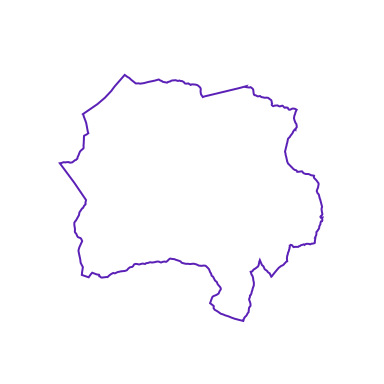 the district of Fardea, Timis, Romania, rotated 23°
{"feature_id": "2599482B51833056791776", "entity_name": "Fardea", "entity_type": "district", "adm_level": 2, "iso_a3": "ROU", "parent_name": "Romania", "parent_adm1": "Timis", "projection": "mercator", "projection_center": [22.228, 45.733], "detail": "fine", "context": "isolated", "style": "outline", "palette": "violet", "viewbox_px": 384, "rotation_deg": 23, "n_neighbors": 0, "source": "geoboundaries", "source_scale": "gbopen_adm2", "svg_char_len": 5985}
<svg xmlns="http://www.w3.org/2000/svg" viewBox="0 0 384 384"><g transform="rotate(23 192 192)"><path d="M289.6,290.7L289.6,290.1L289.1,289.4L289.5,288.2L289.3,287.5L289.6,286.3L290.4,284.5L290.6,282.0L291.0,280.6L290.8,279.7L290.2,277.9L289.8,276.3L289.8,275.7L290.3,274.4L290.3,274.1L290.1,273.3L289.2,271.6L286.6,268.7L286.4,268.0L286.3,265.9L285.8,264.6L286.3,263.8L286.3,262.0L286.0,260.6L285.9,258.9L285.5,256.5L285.5,254.7L285.3,253.6L284.4,251.3L282.9,249.2L281.7,247.1L280.1,245.3L279.2,244.9L277.2,242.5L277.7,242.2L278.6,241.3L278.6,240.6L279.1,239.2L280.2,237.7L281.8,234.9L281.9,234.3L281.9,233.2L281.2,230.0L281.1,228.2L284.8,231.8L286.8,232.5L288.9,234.5L289.6,234.8L292.0,235.3L292.9,236.0L294.3,236.4L295.3,236.5L296.3,237.5L297.1,238.0L297.3,238.3L298.1,239.0L298.4,238.5L298.7,237.1L300.0,232.5L301.5,227.8L303.0,225.2L304.0,224.2L304.5,223.5L305.0,222.3L305.1,221.6L305.4,221.1L305.9,219.6L306.2,219.0L306.7,218.6L305.2,215.8L304.6,213.6L304.5,212.9L304.6,212.4L304.1,210.3L304.2,209.8L304.1,208.0L303.9,207.3L303.9,206.1L303.5,205.4L303.6,204.7L302.9,203.1L303.6,202.5L303.6,202.1L304.3,201.9L305.4,202.1L306.4,202.8L307.1,203.0L308.3,202.2L310.8,201.2L311.3,200.9L311.6,200.2L312.4,199.6L313.0,198.5L315.4,196.5L316.2,196.8L316.7,195.9L317.2,195.3L318.2,194.7L319.9,194.1L321.3,194.0L322.3,192.8L323.1,192.5L324.8,191.2L324.9,190.8L324.0,188.3L324.0,188.0L323.4,185.8L323.1,185.9L323.2,183.1L322.6,181.1L322.2,180.4L322.2,180.0L322.8,178.4L322.8,177.4L323.0,177.1L323.1,176.7L323.1,175.2L322.6,174.0L322.8,171.5L322.4,170.5L322.2,168.8L322.2,168.7L322.6,168.5L323.1,168.1L323.0,167.0L321.9,165.2L322.1,165.0L322.1,164.5L320.6,165.3L319.9,164.6L320.0,163.9L320.7,162.3L320.7,161.5L319.2,159.3L318.0,157.3L317.7,156.4L317.6,155.8L317.6,154.9L313.0,148.9L311.6,147.4L310.1,145.2L309.2,144.5L308.0,144.0L306.9,142.8L306.6,142.6L306.4,142.2L306.3,141.5L306.3,140.8L306.2,138.1L305.9,137.4L305.8,136.7L305.5,135.3L305.0,134.5L301.9,132.6L299.0,131.4L298.3,130.6L298.1,129.8L298.1,129.4L297.9,129.3L295.2,130.0L292.7,129.9L292.0,130.0L289.9,130.9L288.3,131.1L287.1,131.0L285.3,130.0L284.4,130.4L282.8,131.4L281.0,132.3L280.6,131.8L279.3,131.3L277.9,131.5L276.6,131.3L269.2,128.2L267.8,126.8L265.1,123.0L263.6,121.1L263.0,119.9L261.9,118.7L261.1,114.0L260.9,112.3L260.6,111.5L260.5,109.9L259.6,105.6L259.7,105.1L260.6,102.9L260.7,101.5L261.0,100.7L261.6,98.1L261.5,97.0L262.1,94.3L262.3,94.1L263.0,94.3L262.7,93.2L263.1,91.4L263.0,91.1L261.7,88.9L261.2,88.4L259.9,87.7L259.4,87.0L258.2,85.8L257.0,84.2L256.4,81.7L256.4,80.0L256.3,79.2L256.1,78.5L256.1,77.4L256.2,75.4L254.8,75.3L254.2,75.2L252.6,75.6L251.6,76.2L251.0,76.9L250.5,77.6L249.3,78.3L248.7,78.2L247.2,77.1L246.2,77.2L245.8,77.5L245.3,77.5L244.9,78.0L244.4,78.2L244.1,78.2L242.0,77.3L241.3,77.3L240.3,78.2L239.8,78.4L239.5,78.9L238.0,79.1L237.5,78.9L236.9,78.9L234.3,80.2L233.2,81.3L231.6,80.9L231.2,80.3L231.1,79.1L230.6,78.7L229.6,77.0L229.2,76.7L228.7,76.4L226.6,76.0L225.7,75.6L225.3,75.6L223.8,76.0L221.9,76.9L220.4,77.1L219.5,77.4L218.3,77.4L217.1,77.1L215.4,78.2L214.7,78.3L212.6,78.1L211.8,78.4L210.9,78.1L210.4,77.4L208.3,73.8L207.4,73.2L205.0,72.6L203.8,73.5L200.4,74.4L200.6,73.4L194.6,78.1L165.8,99.4L164.9,100.4L162.3,98.7L161.8,98.1L160.5,95.9L160.0,94.2L159.4,93.2L158.4,92.5L156.4,91.8L155.7,91.6L154.4,91.6L152.8,91.9L149.9,92.9L149.3,93.6L148.8,94.0L148.2,93.7L147.3,93.7L146.2,93.5L144.5,94.5L142.9,94.8L141.5,94.0L139.8,93.8L139.1,93.9L138.2,94.3L136.9,94.3L135.6,95.3L133.2,95.5L130.0,97.2L129.4,97.7L128.9,98.6L128.2,99.0L127.2,100.0L126.9,100.1L126.3,101.1L122.0,102.0L120.7,101.6L119.5,101.8L117.5,101.4L113.7,104.4L108.6,107.9L105.3,110.5L102.0,112.5L100.3,112.9L97.8,114.0L92.3,112.5L89.7,111.5L87.6,111.3L84.3,110.5L79.8,124.2L79.0,127.1L78.3,130.3L75.0,139.3L70.6,148.1L61.1,163.0L61.7,163.3L63.3,165.2L66.1,168.1L67.7,169.9L72.4,177.0L73.6,178.4L72.6,180.1L70.7,182.4L70.7,182.6L73.6,190.3L73.9,191.5L74.7,192.9L74.8,193.5L75.0,193.9L75.0,194.4L73.5,197.3L73.1,198.6L73.1,200.5L73.2,202.0L73.1,204.6L73.4,206.0L73.4,206.3L72.9,207.0L72.8,207.6L71.8,208.6L70.2,211.5L68.6,212.5L67.4,212.8L66.9,212.6L65.0,213.5L64.0,214.2L62.9,214.5L62.1,214.8L60.6,216.2L59.1,217.2L79.9,229.4L97.6,240.8L98.2,243.9L98.7,244.4L98.8,245.1L98.1,246.7L97.9,249.2L97.5,249.7L97.2,250.4L96.4,254.5L96.4,255.1L97.0,257.3L96.3,263.8L95.9,264.6L95.7,266.3L96.6,268.4L98.7,271.7L99.7,274.4L100.2,274.9L101.8,275.7L103.3,277.2L104.3,277.9L104.8,278.1L107.4,278.0L108.4,278.5L110.1,280.1L109.9,286.9L110.3,290.1L111.5,292.1L115.4,297.6L116.6,299.7L117.3,300.8L120.9,303.8L122.2,308.9L123.0,311.4L130.2,310.9L131.0,307.3L131.7,305.3L136.5,305.1L138.8,304.5L139.4,305.7L139.6,305.8L140.3,305.6L141.3,306.1L142.3,306.1L146.1,303.9L147.5,303.3L148.4,301.2L149.5,299.3L151.1,297.3L152.6,297.1L152.9,296.9L155.0,294.6L156.3,293.8L157.4,292.9L160.9,291.0L162.5,289.6L162.7,289.3L163.2,287.6L164.0,286.0L164.4,285.5L166.2,284.3L166.4,283.9L166.8,283.1L166.8,282.5L167.0,281.3L167.7,280.6L168.2,280.2L169.4,279.8L171.6,279.4L173.9,277.6L174.7,277.1L176.9,276.6L177.6,275.5L179.6,274.2L180.7,273.1L181.2,272.9L182.7,272.6L185.2,271.1L186.1,270.3L187.8,269.3L189.1,269.0L190.6,269.1L191.3,268.8L192.1,267.9L193.3,267.1L194.0,266.7L195.3,266.5L195.7,266.2L196.4,264.9L197.2,262.8L197.9,261.8L199.9,261.4L202.0,260.7L204.1,260.7L206.6,260.4L208.7,260.4L210.0,261.1L210.7,261.1L214.1,260.6L216.5,259.6L218.4,259.1L221.2,257.5L222.8,257.1L225.4,256.9L226.9,257.1L229.5,256.3L231.6,255.1L232.8,254.7L233.7,254.7L236.3,255.7L237.9,256.5L240.0,258.7L241.4,259.6L242.8,261.4L244.3,261.7L244.8,262.0L247.4,264.2L248.5,264.8L249.8,265.0L251.3,266.5L252.1,267.1L254.0,268.0L255.2,268.6L256.1,269.4L256.4,270.0L256.5,270.4L256.1,272.9L256.2,274.6L256.0,275.3L254.8,277.1L252.5,279.4L252.0,280.2L251.8,280.7L251.8,282.5L252.1,287.3L255.7,288.2L256.7,288.6L257.2,290.4L258.8,291.5L262.0,291.9L266.2,292.8L269.0,292.5L270.3,292.6L274.4,292.2L277.3,292.2L280.7,292.0L289.6,290.7Z" fill="none" stroke="#5b21b6" stroke-width="2"/></g></svg>